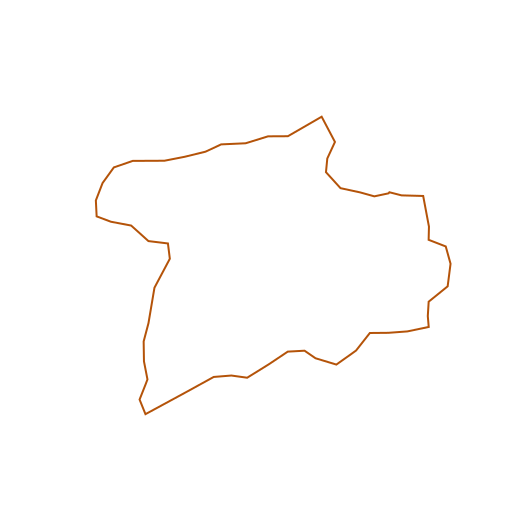 Karlskoga, Orebro, Sweden (Natural Earth projection), rotated 330°
{"feature_id": "70781695B86171963253303", "entity_name": "Karlskoga", "entity_type": "district", "adm_level": 2, "iso_a3": "SWE", "parent_name": "Sweden", "parent_adm1": "Orebro", "projection": "natural_earth1", "projection_center": [14.6, 59.407], "detail": "fine", "context": "isolated", "style": "outline", "palette": "amber", "viewbox_px": 512, "rotation_deg": 330, "n_neighbors": 0, "source": "geoboundaries", "source_scale": "gbopen_adm2", "svg_char_len": 894}
<svg xmlns="http://www.w3.org/2000/svg" viewBox="0 0 512 512"><g transform="rotate(330 256 256)"><path d="M95.9,312.2L83.4,322.1L81.2,337.7L125.6,338.9L158.9,339.6L174.9,347.2L187.5,357.0L212.8,356.2L235.7,354.7L250.7,362.3L256.4,374.3L271.3,390.2L289.5,388.5L295.4,387.9L316.1,379.6L332.2,388.7L349.4,397.0L370.1,403.8L374.7,394.0L382.7,381.9L406.8,378.1L420.6,360.0L425.1,342.6L413.6,328.3L420.5,317.0L421.0,315.5L430.8,287.6L412.4,276.3L403.4,267.5L402.1,268.0L388.3,263.5L378.0,253.0L363.1,239.5L358.5,218.4L366.5,207.2L381.4,196.7L382.5,168.2L381.6,168.2L343.5,168.2L326.3,158.4L303.4,153.2L281.6,141.9L264.4,140.4L243.8,134.4L224.3,127.7L196.8,112.0L177.2,108.2L159.6,116.1L145.1,127.8L137.8,142.0L147.5,153.8L163.1,167.2L170.3,189.3L186.0,201.1L180.0,215.3L152.2,232.7L129.3,260.4L116.0,273.8L106.3,291.2L100.3,308.6L95.9,312.2Z" fill="none" stroke="#b45309" stroke-width="2"/></g></svg>